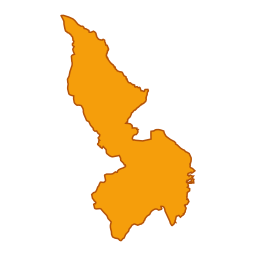 Fundata, Brasov, Romania
{"feature_id": "2599482B86942388549118", "entity_name": "Fundata", "entity_type": "district", "adm_level": 2, "iso_a3": "ROU", "parent_name": "Romania", "parent_adm1": "Brasov", "projection": "mercator", "projection_center": [25.279, 45.46], "detail": "fine", "context": "isolated", "style": "filled", "palette": "amber", "viewbox_px": 256, "rotation_deg": 0, "n_neighbors": 0, "source": "geoboundaries", "source_scale": "gbopen_adm2", "svg_char_len": 5828}
<svg xmlns="http://www.w3.org/2000/svg" viewBox="0 0 256 256"><path d="M171.7,225.4L172.2,225.5L173.8,224.2L174.5,223.0L174.5,222.5L174.8,222.2L175.7,222.4L175.1,221.3L175.0,220.9L175.6,219.6L175.9,217.8L176.4,216.3L178.9,215.4L180.4,217.2L182.3,215.5L183.1,215.1L183.9,214.2L183.7,213.9L184.1,213.9L184.4,212.9L185.2,211.9L185.2,210.8L186.1,208.3L185.9,207.5L185.2,206.8L185.3,206.0L185.0,205.9L184.6,205.5L184.6,205.2L185.1,204.8L187.1,204.4L188.9,201.6L187.9,199.2L187.5,199.1L187.2,199.5L186.8,199.4L187.1,198.5L186.7,196.7L187.1,196.2L187.0,195.3L187.3,192.5L189.6,190.8L189.7,188.7L187.3,187.2L188.4,186.2L188.4,185.6L188.0,184.7L188.1,183.3L191.2,183.2L190.8,182.7L191.0,182.3L190.1,181.7L188.9,182.4L186.8,182.6L186.5,182.2L186.5,181.5L187.0,180.6L187.2,181.0L187.4,181.0L188.9,179.7L190.6,178.8L191.5,179.5L190.9,182.1L191.8,182.0L193.0,182.8L193.7,183.0L193.8,182.2L193.4,180.7L193.9,179.4L192.4,179.0L192.7,178.2L192.0,177.4L192.9,176.9L193.4,176.1L192.6,176.2L190.1,175.0L189.0,176.2L188.4,175.3L188.0,174.9L187.7,175.0L187.8,174.0L188.1,173.5L188.8,173.2L190.9,172.3L190.9,172.9L191.6,173.1L192.4,172.8L194.9,170.8L192.5,168.5L190.5,167.6L190.1,166.9L190.0,166.1L190.3,164.9L189.9,164.2L190.1,163.6L190.6,163.0L190.6,162.5L191.0,161.5L191.2,159.1L191.1,157.8L189.2,153.6L187.5,152.5L185.5,151.6L184.3,150.2L182.8,149.6L180.6,148.2L177.2,144.9L175.8,144.2L175.6,144.0L175.7,143.1L174.4,141.6L170.4,139.5L167.4,137.3L166.1,136.3L165.2,134.8L164.4,133.4L163.7,131.0L160.7,130.0L158.7,129.6L156.8,129.6L155.3,129.9L153.8,130.9L151.0,131.3L150.9,133.1L151.0,139.1L142.7,140.9L135.6,140.3L134.0,139.9L133.4,140.1L133.1,140.0L132.7,139.2L132.4,139.0L132.3,138.2L132.9,136.4L133.7,135.4L134.9,134.6L136.1,134.6L137.1,133.5L138.0,131.9L137.6,131.3L137.6,130.5L137.7,130.0L138.2,129.7L137.9,129.4L136.8,129.3L136.9,128.2L134.7,127.9L132.3,128.0L132.4,126.8L132.1,126.4L131.8,125.5L132.0,125.3L130.4,123.9L128.1,123.4L127.6,123.0L127.1,123.1L127.0,123.4L125.8,123.3L127.7,121.1L127.6,119.9L127.7,119.5L129.4,117.4L130.1,116.9L131.3,114.2L131.4,113.2L131.6,112.9L132.5,112.4L133.4,111.1L134.5,110.1L135.2,110.1L136.2,109.1L136.3,108.7L136.7,108.5L137.5,107.5L138.1,107.4L141.4,104.3L141.7,104.6L142.2,104.0L143.8,103.3L144.3,102.5L145.6,101.6L146.2,99.7L146.2,98.5L145.9,98.0L146.2,97.6L146.5,96.0L147.1,94.8L147.2,93.2L147.6,91.9L148.3,91.0L148.3,90.5L147.9,89.4L145.1,89.5L144.6,90.2L144.6,91.0L144.0,91.5L142.6,90.9L141.0,90.7L140.7,89.6L140.4,89.1L140.3,88.2L139.6,87.4L138.2,87.7L137.2,86.7L135.2,87.0L134.7,86.7L134.6,85.9L134.7,85.2L133.7,84.6L133.0,84.9L130.2,82.8L129.2,82.9L127.7,81.5L127.4,80.3L127.0,80.0L127.1,79.1L126.3,79.0L126.0,76.8L124.0,75.8L122.3,72.4L121.5,72.0L119.6,71.7L117.3,70.8L116.2,69.4L115.2,68.7L115.2,67.2L114.9,66.9L114.3,67.1L114.1,66.6L114.0,66.0L113.2,65.3L113.1,64.8L111.9,64.2L111.6,63.5L111.1,63.4L110.4,62.6L108.4,59.9L108.1,59.2L107.7,58.8L107.9,58.5L107.6,57.8L107.0,57.7L107.0,57.2L106.5,56.8L106.8,56.3L106.3,55.5L106.4,54.8L106.7,54.2L106.6,53.6L107.3,52.9L107.2,52.1L107.5,51.5L107.5,50.8L107.9,50.7L108.2,50.3L108.1,49.9L108.5,49.6L108.5,48.7L108.1,48.1L108.0,47.3L107.4,46.5L107.4,46.0L107.0,45.3L106.6,45.1L106.1,45.2L105.8,45.1L105.4,43.0L104.8,42.0L104.6,40.2L103.4,39.4L102.7,39.5L102.4,40.0L101.9,40.0L100.6,39.9L98.5,39.2L96.9,37.0L96.4,35.9L96.5,35.3L96.1,34.6L96.0,33.6L95.6,32.8L94.9,32.1L93.5,31.2L90.9,32.3L89.2,32.2L89.0,31.9L89.0,30.8L88.8,30.4L86.1,28.9L84.1,28.5L83.9,27.4L82.8,26.3L80.9,26.2L77.9,24.3L74.9,20.6L72.9,18.9L68.6,17.0L63.5,15.4L61.4,15.5L61.1,15.7L63.2,19.7L63.9,21.4L64.0,24.2L64.8,28.4L65.5,30.8L65.8,31.2L66.7,31.6L67.3,32.5L68.8,33.0L69.8,34.0L70.7,34.4L71.3,35.7L72.4,36.7L72.9,38.8L72.9,40.1L73.8,41.1L73.8,41.7L73.4,42.4L73.4,43.2L72.9,43.3L72.4,43.9L72.5,44.5L72.4,45.0L73.0,45.9L74.1,46.5L72.9,48.9L72.8,49.5L73.3,51.3L74.5,54.2L72.5,55.0L71.8,55.6L71.4,56.4L71.8,61.2L72.2,62.8L72.1,65.2L69.9,71.8L69.1,76.1L67.5,79.2L67.8,82.5L68.2,83.9L67.7,87.2L67.7,88.9L68.9,93.9L69.8,94.7L71.2,95.3L73.7,95.9L73.6,98.8L74.2,102.2L74.6,103.1L75.8,104.4L77.0,105.2L78.9,105.1L81.0,105.5L81.4,105.8L83.0,108.6L83.4,110.5L83.3,111.8L83.9,114.2L86.6,120.5L88.9,121.7L90.5,125.2L93.3,128.4L93.3,129.6L93.6,130.1L95.0,131.2L96.6,131.0L98.0,133.3L98.7,133.9L99.7,134.5L99.7,135.6L99.5,136.3L98.2,137.8L98.5,138.9L99.7,140.3L98.7,140.9L98.8,142.4L98.0,143.6L97.7,143.8L97.7,144.5L99.5,146.1L100.3,146.3L100.2,147.0L102.1,148.3L103.2,146.5L106.1,149.6L106.4,152.8L107.0,153.7L109.6,155.8L111.3,156.6L112.6,156.8L119.3,155.5L120.6,158.2L120.6,159.4L120.8,160.5L123.4,163.1L124.4,164.9L125.1,164.8L125.6,166.0L124.8,167.1L124.1,167.3L123.7,167.7L120.6,168.8L118.8,169.7L117.6,171.0L117.3,172.2L116.7,172.4L115.4,171.9L112.7,173.8L110.8,174.1L106.6,174.1L104.7,175.0L104.6,175.6L105.5,179.8L105.5,180.6L105.2,181.3L104.1,182.3L102.9,182.4L100.8,182.1L100.3,182.3L99.3,184.2L98.8,185.8L97.7,187.1L96.8,189.7L95.8,191.6L95.0,192.2L93.5,192.7L91.7,194.5L92.5,198.4L93.8,199.9L94.0,200.6L95.1,201.5L95.8,202.3L95.5,203.7L94.3,203.7L93.7,204.4L94.6,208.1L95.1,208.6L96.2,208.9L99.9,208.6L100.9,208.9L103.5,212.0L106.9,215.6L108.1,218.6L111.1,221.8L111.1,222.3L110.4,225.2L110.4,227.1L110.7,228.9L111.4,231.6L111.6,234.4L112.4,236.4L112.9,237.1L115.1,238.1L117.9,238.6L118.8,239.2L119.6,240.2L120.6,240.6L121.3,240.5L122.8,238.7L124.1,238.0L125.6,234.5L128.6,231.1L129.1,229.1L130.9,226.9L131.8,225.3L133.7,224.2L134.5,224.0L137.8,225.2L139.9,224.3L141.6,223.9L142.4,223.0L143.0,222.8L143.4,222.4L144.2,220.4L144.9,219.8L144.9,219.0L145.8,217.6L147.3,215.9L149.6,214.5L150.8,212.1L152.1,210.7L154.4,209.3L155.7,209.0L156.9,209.1L158.7,210.1L161.1,209.4L161.6,209.1L161.8,208.6L161.0,207.0L160.9,206.5L161.0,206.3L163.1,206.5L163.7,207.0L164.2,207.7L164.7,209.0L165.1,211.1L169.8,221.2L170.4,223.3L171.7,225.4Z" fill="#f59e0b" stroke="#b45309" stroke-width="1.5"/></svg>